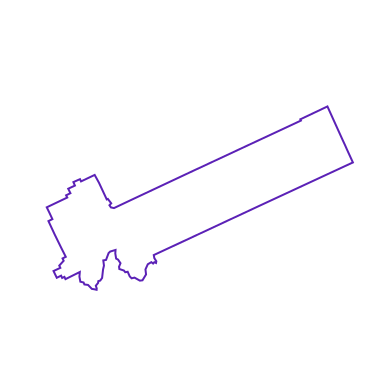 the district of Juab, Utah, United States of America, rotated 155°
{"feature_id": "52423323B30797583930625", "entity_name": "Juab", "entity_type": "district", "adm_level": 2, "iso_a3": "USA", "parent_name": "United States of America", "parent_adm1": "Utah", "projection": "equal_earth", "projection_center": [-112.172, 39.663], "detail": "fine", "context": "isolated", "style": "outline", "palette": "violet", "viewbox_px": 384, "rotation_deg": 155, "n_neighbors": 0, "source": "geoboundaries", "source_scale": "gbopen_adm2", "svg_char_len": 1275}
<svg xmlns="http://www.w3.org/2000/svg" viewBox="0 0 384 384"><g transform="rotate(155 192 192)"><path d="M343.5,166.5L327.5,166.9L329.8,162.9L331.1,157.9L328.5,155.8L328.6,153.7L325.5,151.7L323.7,146.5L321.6,145.1L319.8,143.7L319.1,144.9L318.8,147.7L315.5,149.3L314.6,150.8L312.6,150.5L309.8,152.1L305.4,159.3L302.9,162.5L301.3,167.5L298.6,166.8L293.4,171.9L291.3,172.6L285.8,171.8L287.5,168.7L288.9,163.7L287.6,162.0L286.9,157.7L289.7,155.1L290.4,152.9L286.9,149.6L286.4,147.5L284.0,146.9L284.1,141.8L283.2,139.3L280.3,138.7L276.7,133.7L274.2,132.9L268.5,136.7L266.9,141.5L262.6,145.2L258.5,145.6L257.5,143.6L255.8,144.3L254.6,142.9L253.6,144.3L254.1,147.9L253.3,151.0L136.6,151.0L33.7,150.8L33.6,165.2L33.5,169.7L33.5,175.6L33.1,212.3L63.1,212.1L63.1,210.7L182.2,210.7L251.6,210.5L269.5,210.4L272.0,212.3L272.4,214.9L270.0,215.9L271.2,221.3L272.4,221.3L272.4,225.0L272.4,228.9L272.4,236.8L272.4,239.6L273.0,248.6L288.1,248.5L288.1,251.0L295.3,251.1L295.4,247.3L302.8,247.3L302.7,242.3L307.5,242.2L307.4,239.7L330.1,239.5L330.0,233.7L330.0,226.4L334.4,226.3L334.4,211.4L334.1,196.3L333.8,186.6L337.4,186.5L337.4,183.9L343.4,181.4L343.4,178.9L350.9,178.9L350.8,171.4L346.0,171.5L346.0,169.0L343.5,169.0L343.5,166.5Z" fill="none" stroke="#5b21b6" stroke-width="2"/></g></svg>